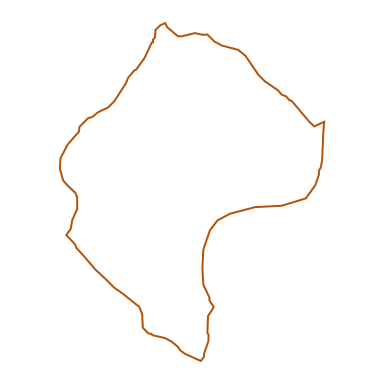 the district of San Andrés Itzapa, Chimaltenango, Guatemala
{"feature_id": "79465075B72665543071269", "entity_name": "San Andrés Itzapa", "entity_type": "district", "adm_level": 2, "iso_a3": "GTM", "parent_name": "Guatemala", "parent_adm1": "Chimaltenango", "projection": "orthographic", "projection_center": [-90.866, 14.602], "detail": "fine", "context": "isolated", "style": "outline", "palette": "amber", "viewbox_px": 384, "rotation_deg": 0, "n_neighbors": 0, "source": "geoboundaries", "source_scale": "gbopen_adm2", "svg_char_len": 1231}
<svg xmlns="http://www.w3.org/2000/svg" viewBox="0 0 384 384"><path d="M200.8,361.0L203.8,357.2L204.2,353.4L208.4,341.1L208.6,334.8L207.4,332.9L208.0,316.1L213.0,308.5L213.6,306.8L209.4,300.2L209.5,297.7L203.4,284.7L202.4,268.8L203.3,249.7L210.0,230.1L217.6,220.3L230.1,213.7L255.2,207.1L281.4,205.8L305.8,198.4L315.4,185.1L318.9,174.6L318.9,170.6L320.6,168.0L322.1,160.6L323.3,132.7L324.2,121.8L314.3,126.4L309.4,121.9L291.7,100.9L289.2,100.1L286.2,96.4L281.6,94.6L278.1,90.4L264.8,81.3L258.2,74.5L245.3,55.6L238.0,49.8L222.0,45.6L214.6,41.7L207.3,34.5L202.6,34.8L194.9,33.1L181.9,36.3L177.9,36.2L167.3,27.3L165.1,23.0L160.1,25.4L155.5,30.0L154.9,37.7L152.9,39.8L153.2,42.2L151.7,42.7L144.4,58.2L136.2,69.6L134.5,70.2L128.1,77.8L125.8,83.5L114.5,101.0L107.9,107.6L98.2,112.1L92.2,117.0L88.2,118.1L79.5,126.8L79.0,131.5L67.6,144.6L60.5,158.3L59.8,168.6L63.2,180.5L67.7,185.7L75.2,192.7L77.1,197.0L77.2,208.9L72.2,220.2L70.8,228.7L66.3,235.0L73.6,242.8L75.6,245.3L76.0,247.5L84.4,256.7L95.5,269.7L106.8,280.2L114.0,287.5L122.9,293.8L139.3,306.9L142.2,314.2L142.8,327.7L148.2,333.3L151.6,334.0L152.4,335.2L164.7,338.0L171.4,341.5L178.1,347.0L180.2,350.3L184.9,353.8L200.8,361.0Z" fill="none" stroke="#b45309" stroke-width="2"/></svg>